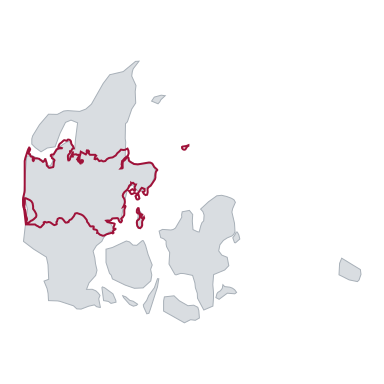 where Midtjylland sits in Denmark
{"feature_id": "DNK-3416", "entity_name": "Midtjylland", "entity_type": "Region", "adm_level": 1, "iso_a3": "DNK", "parent_name": "Denmark", "parent_adm1": "", "projection": "albers", "projection_center": [9.543, 56.244], "detail": "fine", "context": "in_parent", "style": "outline", "palette": "rose", "viewbox_px": 384, "rotation_deg": 0, "n_neighbors": 0, "source": "natural_earth", "source_scale": "10m", "svg_char_len": 9400}
<svg xmlns="http://www.w3.org/2000/svg" viewBox="0 0 384 384"><path d="M100.4,307.4L99.7,307.4L96.6,306.7L94.4,304.9L88.7,306.2L81.1,309.1L76.8,308.9L73.5,305.8L59.8,301.3L57.5,300.9L48.5,300.6L48.1,293.6L47.1,288.6L44.0,281.1L48.7,279.3L48.0,264.7L46.4,257.1L33.6,249.1L23.5,241.4L26.4,216.0L27.5,209.2L24.0,195.8L24.7,180.5L26.8,156.4L29.9,155.5L32.2,155.7L41.1,160.1L44.8,160.6L47.3,164.5L50.2,166.2L52.4,162.1L53.4,155.1L60.5,146.1L65.5,142.8L68.8,141.2L72.2,144.9L74.8,149.0L75.4,140.0L77.6,122.8L71.0,120.1L65.5,122.4L60.1,133.2L55.1,146.8L47.3,148.0L41.0,151.8L35.4,147.7L31.8,144.1L31.8,138.9L32.7,135.8L39.5,124.7L48.5,114.2L57.3,114.4L63.8,111.0L67.6,110.6L79.7,111.4L85.8,109.1L91.4,104.2L103.2,83.4L109.8,74.7L123.2,71.6L135.5,61.4L139.0,61.2L133.2,68.8L132.3,71.7L131.7,76.1L136.0,85.6L135.2,91.5L135.7,103.0L131.8,109.0L127.4,121.8L125.5,123.7L125.2,138.6L125.7,142.1L125.2,155.7L130.0,161.2L135.0,164.0L151.5,163.6L153.3,166.1L155.4,170.2L154.1,177.3L152.4,182.7L147.6,187.3L141.5,190.8L137.6,191.0L132.3,184.7L129.8,186.8L127.3,190.1L123.1,207.7L121.2,219.5L120.1,220.5L117.6,218.8L113.3,218.7L107.9,221.5L110.7,224.0L113.7,228.3L112.5,230.5L107.8,232.9L103.6,237.7L101.8,241.4L96.5,245.6L93.1,251.1L94.8,257.8L95.5,263.7L97.0,270.2L95.7,275.4L89.0,282.9L86.5,289.4L92.3,289.3L95.8,290.8L97.9,292.7L100.0,295.4L98.7,298.8L100.4,307.4ZM234.5,223.3L235.0,231.7L233.8,234.2L232.1,235.9L227.4,237.8L223.4,240.4L219.9,244.8L218.7,250.9L221.8,255.1L227.2,257.3L228.8,265.7L224.7,270.0L213.6,274.6L212.8,284.6L213.5,292.4L213.5,298.2L212.9,306.1L203.8,310.0L197.5,298.2L197.3,293.3L195.4,287.8L194.9,283.0L192.6,275.4L184.0,273.6L180.6,273.4L176.0,274.9L174.9,274.4L169.0,264.1L169.7,252.5L166.6,246.7L166.1,244.1L166.1,241.1L163.7,238.8L160.7,237.6L159.1,231.1L162.5,229.4L170.8,230.0L173.2,229.5L175.4,228.1L181.8,217.2L181.6,214.9L182.2,211.8L189.4,210.4L192.7,214.5L192.3,221.1L193.0,229.6L197.4,231.7L199.2,232.0L200.8,225.7L202.0,222.6L203.7,220.9L204.1,215.1L202.9,211.6L200.6,209.1L208.6,201.7L216.8,195.8L221.7,195.3L226.7,196.5L231.3,198.2L233.9,199.7L235.4,202.3L232.6,208.7L231.9,212.1L234.5,223.3ZM143.4,240.8L145.5,245.2L148.1,254.5L152.2,265.0L150.6,269.4L151.8,275.0L150.8,280.9L143.1,287.9L134.4,288.3L125.2,285.1L112.4,278.9L111.3,275.3L109.5,273.3L106.0,262.5L106.0,249.2L112.4,247.5L126.3,241.0L129.5,241.9L132.9,245.1L136.8,245.3L142.3,240.6L143.4,240.8ZM179.2,300.7L187.9,305.7L193.7,305.2L197.8,307.3L198.8,310.6L199.4,318.0L195.3,320.3L190.6,319.7L184.4,322.8L163.6,311.1L163.6,300.9L164.4,296.9L174.0,295.8L179.2,300.7ZM359.0,280.1L357.4,281.6L349.2,279.9L339.0,274.8L339.6,263.3L341.7,258.2L360.4,269.6L361.0,274.4L359.0,280.1ZM148.9,313.3L146.8,313.8L143.7,307.0L143.3,304.9L146.7,300.4L148.8,295.4L154.4,287.7L157.5,278.7L158.8,278.8L157.5,286.8L150.4,309.1L148.9,313.3ZM116.0,302.2L111.0,303.4L108.4,301.4L103.6,300.6L101.9,287.6L102.4,286.9L104.7,287.8L112.9,293.8L115.8,300.4L116.0,302.2ZM236.6,292.4L234.8,293.8L227.3,293.2L219.1,299.3L215.9,297.6L216.9,293.8L217.8,292.4L220.5,290.7L222.3,288.3L222.9,284.7L224.7,286.6L229.9,287.2L232.5,288.2L234.7,289.8L236.6,292.4ZM141.4,226.2L140.6,227.7L137.6,226.2L137.2,220.7L138.2,215.8L136.8,211.5L138.3,208.6L142.6,215.1L143.8,218.2L142.3,221.9L141.4,226.2ZM159.8,101.8L158.0,103.8L151.6,101.1L154.3,97.1L161.2,95.2L165.2,95.7L160.9,99.7L159.8,101.8ZM136.6,305.3L133.4,306.2L129.6,304.4L123.5,297.5L122.7,295.7L125.9,296.9L129.9,300.4L133.1,301.2L137.6,304.2L136.6,305.3ZM239.8,239.0L235.5,242.8L234.5,242.6L232.8,237.8L235.0,234.7L236.3,232.1L237.3,232.1L238.8,234.8L239.8,239.0Z" fill="#d9dde1" stroke="#a8b0b8" stroke-width="1"/><path d="M25.9,224.4L24.3,210.5L24.1,209.6L24.0,209.4L24.0,208.6L24.4,208.6L25.1,209.6L26.1,216.1L26.9,218.3L27.0,219.2L26.9,220.1L26.4,221.2L26.3,222.1L26.4,223.3L26.8,223.5L29.0,222.4L31.3,220.6L32.3,220.3L34.2,218.8L36.1,216.9L36.4,215.5L36.2,214.0L35.5,212.6L34.8,211.3L33.1,208.9L33.1,206.3L32.6,203.3L31.4,201.3L29.8,200.1L26.2,198.4L25.2,198.2L24.8,198.9L24.8,202.5L24.7,204.3L24.3,206.2L24.5,207.6L24.3,208.1L23.7,207.9L23.5,207.4L23.1,205.5L23.0,199.4L23.2,197.5L24.5,192.2L24.7,190.3L24.7,161.0L25.0,159.6L25.3,158.2L27.6,150.9L28.5,148.7L29.2,147.6L29.5,147.8L29.7,148.5L30.1,149.0L30.1,149.6L28.6,153.0L28.6,153.6L29.2,154.1L30.0,154.2L30.6,156.2L30.9,156.5L32.8,156.9L33.3,157.3L32.7,157.7L32.8,158.5L32.7,159.8L32.9,160.6L33.3,161.0L33.7,160.7L33.9,160.2L33.6,159.5L33.6,158.9L35.1,158.4L37.3,158.4L39.4,158.9L40.3,159.9L40.7,160.0L43.0,161.9L43.6,161.6L44.2,160.9L45.1,159.1L45.4,159.1L46.7,163.1L46.8,163.7L46.6,164.1L46.7,164.9L46.9,165.7L47.7,166.3L48.6,167.5L49.1,167.8L49.9,167.8L53.1,167.1L53.3,166.7L53.5,166.0L53.7,163.2L54.0,161.4L54.5,160.5L54.3,159.8L52.9,158.6L52.1,158.3L51.9,157.9L51.8,157.2L51.6,156.4L50.8,156.0L50.8,155.1L51.5,154.6L53.6,154.4L56.6,149.4L57.3,149.0L59.3,148.4L61.8,148.3L61.9,148.1L60.8,147.7L58.8,147.6L58.3,147.1L58.8,145.6L59.4,144.3L60.0,143.6L61.5,142.5L63.7,140.4L64.6,140.2L66.4,140.8L67.0,140.7L67.5,139.9L67.9,139.6L68.7,139.6L69.7,139.9L70.6,140.7L71.0,141.7L71.3,143.7L71.9,144.8L72.7,145.7L73.2,146.6L73.8,148.4L72.5,148.7L71.2,150.9L70.0,151.2L70.0,151.8L70.2,152.6L69.7,153.4L68.4,154.7L67.9,155.9L67.9,156.9L68.1,159.6L68.4,160.4L69.2,160.3L69.9,159.4L70.6,156.6L71.3,156.5L72.1,156.6L72.8,156.5L72.5,155.7L72.2,155.4L71.7,155.5L71.3,155.8L72.3,153.5L72.5,152.4L72.9,152.4L72.6,154.3L73.8,154.6L75.4,154.3L76.5,154.4L77.1,154.9L78.5,154.8L78.9,155.9L78.7,156.7L77.7,158.3L77.2,159.4L77.7,159.6L77.9,160.5L78.2,161.1L78.6,161.6L79.8,162.3L80.3,163.4L80.7,163.5L81.7,161.6L82.4,162.3L82.9,161.6L82.9,160.5L81.9,160.0L80.4,160.8L80.3,161.1L80.1,161.2L79.6,161.1L79.2,160.9L79.2,160.4L79.4,160.0L79.5,160.0L79.6,156.8L80.4,154.1L80.8,151.7L85.8,154.4L87.0,152.4L86.6,151.3L86.9,150.4L88.3,150.5L89.0,151.3L88.7,153.3L90.0,154.8L95.2,154.8L96.2,155.7L94.9,157.1L94.6,159.0L95.5,159.3L97.0,158.4L99.3,161.1L101.4,160.5L102.6,161.2L103.4,161.4L105.3,161.0L106.9,159.2L108.7,158.1L109.9,157.8L112.6,157.4L115.8,155.4L117.3,153.2L119.5,151.3L121.0,149.6L123.3,150.0L125.2,149.8L126.4,149.1L127.5,148.6L128.4,150.5L128.7,153.3L127.9,155.7L124.8,158.1L122.5,160.8L122.1,161.0L121.6,164.5L122.0,165.5L121.8,166.7L121.3,167.8L120.7,168.5L122.1,168.4L122.7,167.9L122.6,164.8L122.7,162.4L123.2,161.3L125.1,159.8L126.6,157.7L127.4,157.1L128.4,157.7L128.6,158.3L128.9,160.6L129.1,160.9L130.5,162.0L134.0,164.0L137.8,164.4L148.9,162.5L150.4,162.6L152.0,163.4L152.7,164.2L154.2,166.9L157.2,169.7L157.2,170.3L156.1,171.3L155.6,173.3L155.4,175.6L155.4,177.6L154.9,179.4L150.7,185.7L148.6,187.2L147.7,188.4L147.5,189.5L147.7,192.2L147.1,194.7L145.6,195.1L143.9,193.9L142.8,192.0L144.0,191.7L144.5,191.3L144.7,190.2L144.6,189.1L144.1,188.7L143.5,188.6L142.9,188.2L141.8,187.8L140.6,189.2L139.6,191.1L138.1,192.9L138.5,194.8L139.1,197.0L139.4,198.4L138.9,199.0L138.2,199.4L137.4,199.5L136.8,199.3L136.3,198.6L135.8,197.0L135.5,196.2L136.6,195.2L137.0,195.0L136.7,194.0L136.3,193.6L134.3,193.0L133.9,193.1L132.9,193.8L131.5,194.1L130.7,193.5L130.0,192.3L129.0,191.0L130.0,190.9L131.6,189.6L132.4,189.2L133.1,189.7L133.9,190.6L134.8,190.9L135.4,189.7L134.6,188.4L134.6,187.3L135.9,184.5L135.3,184.5L134.6,184.3L134.0,183.8L133.5,183.1L133.0,182.8L131.8,183.4L131.1,182.8L131.0,184.0L130.7,184.7L130.3,185.1L129.7,185.2L129.3,185.6L128.1,188.4L127.0,189.9L124.5,192.0L123.3,193.7L122.7,195.6L123.0,196.9L123.8,198.0L124.6,199.7L124.9,201.9L124.7,203.5L124.2,205.0L123.3,206.7L124.5,206.1L125.3,206.0L125.5,206.6L124.4,209.3L124.3,210.4L124.3,214.0L124.1,215.3L123.0,216.8L122.8,217.4L122.0,217.8L121.5,218.3L121.2,218.8L121.4,219.0L121.8,219.8L122.0,220.7L121.2,222.2L120.7,222.4L120.1,222.2L119.7,221.8L118.9,220.7L118.4,218.9L117.9,218.3L117.3,218.1L112.7,218.4L112.1,218.6L111.1,220.1L109.9,220.6L107.4,220.5L106.2,220.7L107.4,222.1L114.2,223.5L114.7,223.9L114.5,224.8L113.8,226.5L113.4,228.0L113.5,228.6L114.2,228.8L115.4,228.8L115.4,229.3L113.5,230.5L112.9,231.4L113.5,232.8L112.8,233.4L111.7,232.8L106.5,234.3L104.1,235.6L102.7,235.7L99.8,234.6L98.1,233.1L97.7,232.9L97.1,232.9L97.3,231.9L97.4,231.2L97.1,230.5L96.6,230.0L95.5,229.6L94.0,229.4L93.5,229.1L93.4,228.5L93.8,227.0L93.6,226.5L92.7,226.3L91.0,226.5L90.2,226.2L89.6,225.4L88.4,223.3L87.3,222.1L87.0,221.3L86.8,220.2L86.5,219.6L84.1,216.6L82.9,215.5L81.4,214.6L77.0,213.1L75.2,213.5L73.9,216.1L71.7,218.9L70.9,219.5L70.0,219.8L69.6,220.1L68.9,221.0L68.5,222.1L67.8,222.0L67.3,222.5L65.7,222.6L65.1,222.1L63.2,219.6L61.8,218.3L59.4,218.0L57.7,218.9L57.0,221.4L56.4,222.1L56.7,223.6L56.7,224.1L55.9,224.6L54.4,225.1L53.6,224.8L50.3,222.4L48.7,222.0L46.6,222.5L45.6,222.2L45.1,221.9L44.7,221.9L44.3,222.0L43.7,222.4L44.0,223.5L43.9,223.9L40.8,227.2L40.0,227.4L39.4,227.2L37.7,226.1L36.5,225.6L35.1,224.5L25.9,224.4ZM139.0,219.2L139.6,218.1L140.0,216.8L139.9,215.4L139.3,214.0L138.4,213.4L137.4,213.0L136.8,212.1L136.9,210.0L137.4,208.9L138.1,208.1L138.7,208.3L139.1,211.8L139.9,213.3L141.0,214.2L142.2,214.6L141.8,215.4L141.6,216.3L141.7,217.2L141.9,218.0L142.8,219.2L143.3,218.8L144.0,217.4L144.2,218.0L143.5,219.2L142.3,220.9L142.1,222.4L142.2,225.2L141.7,226.7L140.2,228.2L138.5,227.8L137.2,225.8L136.8,222.7L137.0,221.0L137.5,220.3L138.2,219.9L139.0,219.2ZM182.1,148.2L182.0,147.0L182.5,146.6L186.4,146.0L188.4,145.2L188.4,145.8L188.1,145.9L187.8,146.3L187.0,146.8L185.4,149.4L184.6,149.7L183.6,149.6L182.7,149.1L182.1,148.2Z" fill="none" stroke="#9f1239" stroke-width="2"/></svg>